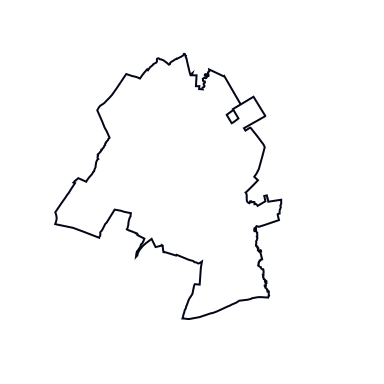 outline of Erbiceni, Iasi, Romania, rotated 220°
{"feature_id": "2599482B88685264403288", "entity_name": "Erbiceni", "entity_type": "district", "adm_level": 2, "iso_a3": "ROU", "parent_name": "Romania", "parent_adm1": "Iasi", "projection": "orthographic", "projection_center": [27.214, 47.273], "detail": "fine", "context": "isolated", "style": "outline", "palette": "ink", "viewbox_px": 384, "rotation_deg": 220, "n_neighbors": 0, "source": "geoboundaries", "source_scale": "gbopen_adm2", "svg_char_len": 5996}
<svg xmlns="http://www.w3.org/2000/svg" viewBox="0 0 384 384"><g transform="rotate(220 192 192)"><path d="M105.8,101.0L99.4,111.5L99.1,111.6L97.4,114.2L96.0,116.8L91.2,127.0L90.1,129.0L89.1,131.5L87.4,134.8L86.9,135.9L86.0,139.0L80.2,145.2L78.3,147.7L78.0,148.3L77.9,149.0L74.0,153.7L72.0,155.5L65.8,160.1L66.3,161.2L66.2,162.1L66.4,162.3L67.0,162.3L67.6,163.3L68.8,164.3L68.9,165.0L69.4,165.2L69.6,165.2L69.7,164.7L70.2,164.3L70.4,164.7L71.0,165.4L71.6,165.2L72.5,165.9L74.4,165.9L74.6,166.1L74.7,166.7L75.7,166.6L76.1,166.8L76.2,167.0L75.5,167.9L75.5,168.2L76.5,168.8L76.3,170.1L76.6,170.2L77.2,170.0L77.5,170.0L77.4,171.0L77.6,171.5L78.0,171.5L78.3,170.3L78.5,170.3L78.9,170.6L78.8,171.3L79.1,171.5L79.7,171.7L80.4,171.7L81.0,171.4L81.6,172.0L82.7,172.3L82.9,172.5L82.9,173.0L83.6,173.4L83.7,174.0L84.5,174.1L84.4,175.1L84.9,175.3L85.6,176.7L87.4,178.4L87.7,178.5L87.9,178.1L88.4,178.1L89.2,177.9L89.9,177.9L90.8,178.6L91.0,178.4L94.1,178.2L94.3,178.5L94.3,179.1L94.8,179.5L94.7,179.8L94.9,180.2L95.6,180.8L95.5,181.2L95.9,181.8L95.9,182.4L96.1,182.9L95.5,183.2L95.5,183.4L95.8,183.9L95.7,184.5L94.9,185.5L95.0,185.7L96.1,186.1L96.4,186.6L97.7,187.4L98.5,188.2L99.4,188.6L100.0,189.2L101.5,189.7L101.7,189.9L101.6,190.2L100.9,190.9L101.4,191.4L102.0,191.5L102.3,190.5L102.8,190.5L102.7,190.3L102.2,189.8L102.3,189.5L102.5,189.4L103.1,189.7L104.1,189.7L104.6,191.0L105.2,191.7L105.4,191.7L105.7,191.2L106.4,191.5L106.8,192.2L107.1,192.4L107.5,192.3L107.7,191.8L108.0,191.8L109.1,192.6L109.8,194.1L111.2,195.5L111.3,196.4L112.4,199.0L113.6,199.3L113.9,199.8L113.8,200.4L114.0,200.6L114.7,201.5L115.4,201.9L115.9,202.8L117.5,202.9L117.7,203.0L118.1,203.7L119.0,204.1L119.3,203.7L119.2,203.3L118.7,202.6L119.0,202.2L119.8,202.7L120.3,203.3L120.8,204.5L120.2,204.7L119.3,204.5L119.1,204.8L120.4,206.1L120.6,206.8L120.6,207.3L120.0,207.5L119.6,207.9L118.5,208.2L118.4,208.4L115.5,212.9L107.3,226.4L111.2,229.2L112.1,230.1L112.1,230.3L111.0,231.8L112.1,233.0L113.2,234.6L114.1,237.3L115.5,238.3L116.1,240.3L118.7,243.4L127.3,233.6L130.0,235.8L130.2,235.6L132.5,237.5L134.1,235.4L129.8,232.1L132.8,223.6L133.1,223.8L135.3,223.9L135.9,223.5L136.0,223.1L136.3,222.8L136.7,223.1L137.4,224.3L137.7,224.4L139.0,223.5L139.4,222.7L139.8,222.6L140.6,223.0L141.5,222.3L141.4,221.9L140.8,221.1L140.7,220.7L140.9,220.2L143.0,219.9L144.4,220.6L146.5,222.8L146.7,223.3L147.4,223.8L147.9,224.6L148.3,225.0L149.8,225.9L150.6,226.1L150.4,226.5L149.5,235.9L149.0,243.4L154.1,243.7L154.4,247.5L155.6,252.6L161.4,265.3L165.1,273.1L167.7,274.3L176.9,276.5L188.1,278.8L188.7,278.7L189.0,278.3L190.5,273.4L193.2,274.3L184.7,297.0L184.7,297.3L184.8,297.4L206.1,304.5L213.9,281.8L203.7,278.2L205.1,272.0L205.8,270.2L215.0,273.4L213.1,281.3L214.0,281.7L211.0,290.4L241.9,301.6L242.0,301.0L257.7,296.9L256.3,295.4L256.7,294.0L256.2,293.2L254.8,292.5L254.2,291.9L253.9,291.4L254.1,291.1L254.5,291.1L255.5,291.6L256.7,291.4L257.5,290.9L257.6,290.1L257.1,289.5L256.6,289.4L255.8,289.9L254.8,290.1L254.5,289.7L254.4,289.3L254.4,288.3L254.6,288.0L256.1,287.2L256.5,286.0L256.5,285.7L255.5,284.8L255.1,284.3L254.4,284.2L253.3,284.9L252.8,284.7L252.5,284.0L252.6,282.2L252.2,281.9L250.6,281.3L250.3,280.8L250.3,280.1L250.9,279.2L250.9,278.3L250.4,277.8L249.8,277.5L252.7,275.4L254.4,277.8L257.0,275.6L263.5,284.3L267.3,281.2L268.1,283.4L268.6,280.8L270.5,282.0L282.0,290.6L282.0,290.8L283.9,291.5L284.2,292.5L285.3,292.5L286.3,293.1L287.0,292.6L286.6,291.3L286.6,290.8L287.0,289.4L289.2,284.2L289.5,284.3L290.5,281.5L291.0,279.7L291.5,278.5L291.7,277.3L291.6,276.7L291.1,275.9L291.5,274.7L293.7,274.8L297.6,274.6L299.0,274.4L301.2,273.6L301.7,273.1L303.4,273.0L304.2,272.2L304.4,271.7L304.2,271.0L302.9,269.7L302.5,268.5L302.6,267.9L303.6,265.6L303.8,264.7L303.6,264.2L304.3,260.6L304.0,257.0L305.2,257.2L305.3,253.6L305.2,249.7L304.8,245.5L308.4,244.4L312.8,242.2L318.2,240.1L316.3,222.3L315.7,215.2L315.8,211.4L316.2,206.7L316.3,204.2L316.7,202.3L317.8,198.9L317.7,198.2L317.7,196.8L317.1,193.7L306.1,188.3L300.2,185.1L296.6,183.8L290.1,180.6L290.2,180.4L290.0,179.6L290.1,179.1L290.1,178.5L289.7,177.7L289.9,175.3L289.5,174.6L289.5,174.2L289.7,173.7L289.1,172.5L288.7,172.1L288.9,171.1L288.4,169.8L288.3,168.6L288.5,167.7L288.2,167.0L288.2,166.4L288.5,166.1L288.1,165.8L288.2,165.0L287.9,164.4L288.1,164.1L288.1,163.0L288.0,162.5L288.1,161.4L288.4,160.3L288.1,159.9L287.7,159.9L287.3,159.5L287.5,159.1L286.9,158.5L286.6,157.7L285.7,157.1L285.0,157.0L285.3,156.0L284.7,153.6L283.9,152.1L283.6,151.9L283.1,150.7L281.9,149.2L281.1,146.4L280.3,144.9L280.6,144.3L280.1,141.6L280.1,139.1L280.2,136.9L279.9,132.9L279.6,131.9L288.0,129.5L288.5,126.6L288.4,125.7L288.8,125.4L288.9,124.9L288.7,123.8L288.8,123.1L287.3,123.6L286.5,116.4L285.8,111.8L285.8,109.6L285.5,107.7L284.8,99.4L283.7,88.6L281.4,87.2L279.3,85.5L278.2,84.0L277.2,82.2L276.2,79.5L274.7,80.2L260.3,88.0L249.7,91.8L233.9,97.2L234.2,97.5L234.2,97.9L234.0,98.6L234.2,99.4L235.2,101.0L236.1,101.7L236.4,102.4L236.3,104.9L237.9,111.8L237.9,112.5L237.7,113.6L239.9,128.8L234.5,131.9L230.9,133.4L225.2,136.5L224.2,134.8L223.5,134.1L223.2,132.3L222.0,129.5L220.5,126.9L219.9,126.3L219.1,124.8L218.2,122.9L217.9,121.5L215.6,122.0L215.4,122.2L208.0,124.7L208.0,124.3L206.4,124.6L206.2,124.0L206.1,123.9L198.5,125.7L198.1,124.3L197.7,123.6L197.1,120.7L197.4,119.1L196.6,117.3L196.3,116.4L196.0,112.9L195.9,110.9L195.0,109.1L193.2,106.3L193.1,108.4L194.1,110.0L194.8,113.1L195.0,115.1L195.0,118.3L194.9,119.8L194.5,122.5L192.8,130.1L184.5,126.4L181.4,130.6L181.2,131.8L180.5,131.5L180.1,132.1L179.9,132.1L178.4,130.4L175.3,127.6L174.8,127.8L174.9,128.2L163.3,133.1L163.4,134.0L150.6,138.1L146.8,139.9L145.8,139.9L145.3,139.7L143.1,140.9L141.5,141.2L141.1,141.4L140.4,142.6L139.7,145.1L136.4,139.5L126.6,126.0L130.6,123.2L130.3,121.8L126.3,114.4L126.1,113.8L125.5,108.7L124.9,106.4L123.7,103.3L122.6,99.9L121.9,98.8L121.7,97.2L121.5,96.5L120.7,95.1L119.5,92.1L118.7,90.8L118.0,89.0L116.4,90.2L113.3,92.2L112.3,93.1L105.8,101.0Z" fill="none" stroke="#020617" stroke-width="2"/></g></svg>